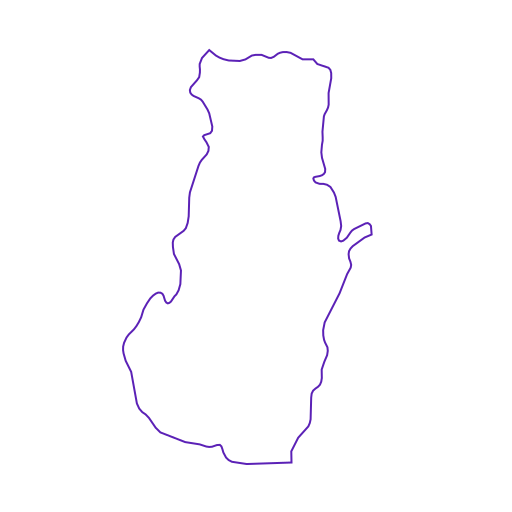 an SVG outline of Arges, rotated 194°
{"feature_id": "ROU-302", "entity_name": "Arges", "entity_type": "County", "adm_level": 1, "iso_a3": "ROU", "parent_name": "Romania", "parent_adm1": "", "projection": "orthographic", "projection_center": [24.918, 44.995], "detail": "fine", "context": "isolated", "style": "outline", "palette": "violet", "viewbox_px": 512, "rotation_deg": 194, "n_neighbors": 0, "source": "natural_earth", "source_scale": "10m", "svg_char_len": 2554}
<svg xmlns="http://www.w3.org/2000/svg" viewBox="0 0 512 512"><g transform="rotate(194 256 256)"><path d="M357.1,122.8L360.9,129.4L362.2,132.5L363.0,136.0L363.0,139.9L361.9,145.6L360.4,149.2L356.7,155.3L355.1,159.0L353.7,163.5L352.6,168.8L352.2,176.8L350.3,183.8L348.3,189.3L346.3,192.7L344.1,195.3L342.1,196.8L339.8,197.3L337.7,196.7L336.1,195.1L333.4,190.6L331.7,189.1L330.1,188.7L328.7,189.6L327.5,191.2L325.3,197.3L324.0,199.4L322.8,204.0L322.6,210.4L325.3,223.8L328.6,229.5L336.1,238.1L338.8,244.7L340.0,248.9L340.1,252.0L339.0,255.0L332.3,262.9L330.8,266.0L330.3,271.5L330.9,278.2L334.9,296.5L335.5,301.8L333.6,329.5L333.0,333.1L331.9,336.1L328.4,342.7L327.6,346.5L328.2,350.4L331.6,354.4L334.2,356.7L336.4,359.1L335.5,360.7L330.1,364.1L329.0,366.9L329.7,371.0L335.9,383.1L338.5,386.4L345.1,392.9L347.2,394.4L349.7,395.2L355.3,396.2L357.5,397.1L359.3,398.6L360.3,401.0L360.0,404.1L355.7,412.4L354.4,415.8L354.8,420.3L355.5,423.4L356.5,426.2L357.1,428.7L356.3,435.1L351.2,444.5L343.4,440.8L339.5,439.7L335.3,439.1L329.8,439.1L318.9,441.3L313.8,444.2L308.5,449.5L305.2,451.0L299.2,452.5L291.6,451.4L289.3,451.8L286.9,453.6L283.8,457.5L281.9,459.0L279.4,460.3L275.7,461.3L271.6,461.5L258.4,458.1L248.0,460.7L242.9,457.1L231.2,456.2L228.9,454.6L227.3,451.7L226.0,446.7L225.0,431.7L222.1,420.4L222.0,417.5L222.5,414.6L223.7,410.2L223.9,408.0L221.6,392.7L220.0,387.2L219.2,384.0L218.9,379.9L217.7,372.4L215.7,367.2L209.9,357.2L209.3,354.1L210.0,352.1L211.4,350.4L213.5,349.0L217.7,347.1L218.9,346.2L219.1,345.0L218.0,343.2L216.0,341.8L211.8,341.4L208.1,342.3L204.3,342.3L200.5,341.0L195.7,336.4L193.0,332.6L182.3,310.2L180.6,305.7L180.3,301.7L180.8,298.5L181.0,295.5L180.5,292.8L179.2,291.0L177.0,290.7L175.0,292.0L172.3,295.7L170.0,301.8L169.0,303.9L167.3,305.9L157.6,314.1L155.5,315.0L153.3,314.3L151.7,312.9L149.0,304.8L155.1,300.2L164.5,289.0L166.1,286.1L166.9,283.2L166.6,280.2L165.1,276.2L163.0,273.3L161.5,270.4L161.3,267.6L163.2,260.5L165.9,240.0L173.3,208.2L172.9,200.3L171.5,195.2L169.7,191.2L168.1,188.8L164.6,184.7L163.4,181.3L163.0,176.9L164.1,170.0L164.8,161.7L162.6,153.5L162.3,149.8L162.8,146.6L164.2,144.1L166.2,141.8L168.0,139.2L168.7,136.0L168.2,132.0L163.5,110.7L163.4,106.9L164.0,103.3L171.1,89.9L174.5,75.0L171.6,64.2L214.7,51.9L229.6,50.5L233.2,51.4L236.3,53.2L240.1,57.4L241.9,60.5L243.5,62.9L245.4,64.0L248.2,63.1L252.5,60.3L255.2,59.4L258.1,59.1L265.1,59.6L279.7,58.3L306.1,61.7L311.8,65.1L320.7,73.0L324.8,75.6L328.6,77.0L332.4,79.7L335.9,84.1L349.1,113.4L357.1,122.8Z" fill="none" stroke="#5b21b6" stroke-width="2"/></g></svg>